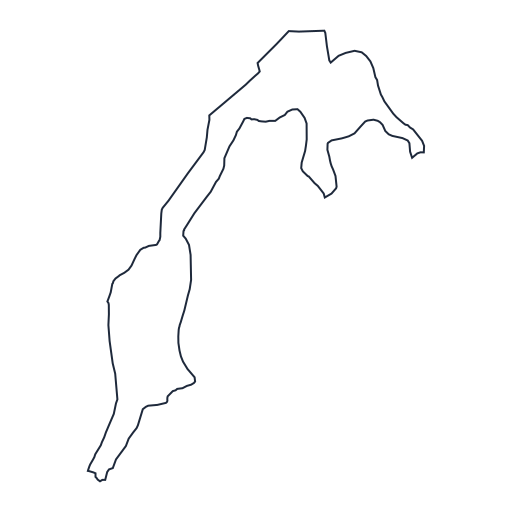 Nahualá, Sololá, Guatemala
{"feature_id": "79465075B99753253329912", "entity_name": "Nahualá", "entity_type": "district", "adm_level": 2, "iso_a3": "GTM", "parent_name": "Guatemala", "parent_adm1": "Sololá", "projection": "equal_earth", "projection_center": [-91.386, 14.735], "detail": "fine", "context": "isolated", "style": "outline", "palette": "slate", "viewbox_px": 512, "rotation_deg": 0, "n_neighbors": 0, "source": "geoboundaries", "source_scale": "gbopen_adm2", "svg_char_len": 3082}
<svg xmlns="http://www.w3.org/2000/svg" viewBox="0 0 512 512"><path d="M162.7,207.8L161.8,209.6L161.3,213.4L160.3,232.9L160.3,236.8L159.6,240.1L158.9,241.0L157.0,244.4L156.1,244.9L148.9,245.9L145.2,247.6L143.6,247.8L140.3,249.8L136.5,255.1L134.8,258.5L131.5,265.6L128.5,269.7L124.3,272.8L119.6,275.3L118.9,276.0L115.5,278.5L113.4,281.2L112.9,283.1L112.3,283.9L110.7,292.4L109.2,296.7L107.4,301.5L108.5,303.1L108.8,304.8L108.9,314.3L108.4,325.1L109.6,341.0L112.7,363.3L115.2,373.7L117.4,399.4L116.0,403.3L113.8,413.9L110.1,422.5L107.8,427.9L106.8,430.3L106.0,432.1L104.2,437.3L101.9,442.2L100.8,445.3L95.4,454.0L95.0,455.0L94.7,456.0L94.4,457.0L93.0,459.6L90.2,464.4L89.9,465.1L89.4,466.3L88.2,469.8L87.9,470.9L89.0,471.1L93.4,472.4L95.5,473.3L95.5,476.9L96.5,477.9L97.7,479.6L100.0,481.3L102.3,479.9L105.2,479.9L107.2,472.0L109.0,469.4L112.8,468.1L116.0,459.4L125.9,446.0L128.7,438.6L133.2,432.4L136.6,428.1L137.9,425.3L142.8,409.2L145.9,406.8L148.2,405.7L157.4,404.9L165.9,402.9L166.4,402.5L167.1,401.7L167.4,400.5L167.3,399.2L167.4,397.5L167.7,396.3L172.8,391.1L175.6,390.3L177.2,388.9L182.5,388.2L186.9,385.9L191.1,384.7L193.9,383.0L195.1,381.5L194.6,377.3L187.5,369.0L183.0,361.6L180.9,356.3L179.5,350.5L178.4,342.9L178.3,336.4L178.7,329.8L179.0,327.9L179.5,326.3L179.7,325.1L180.8,322.0L182.6,315.9L183.2,314.0L183.6,312.8L184.4,310.2L187.9,295.5L189.7,289.2L191.1,279.9L190.6,254.9L189.0,244.9L185.7,238.6L183.2,235.7L183.5,231.0L184.1,230.4L184.1,229.5L187.0,225.0L194.4,213.2L207.0,196.5L210.7,191.8L212.9,187.7L216.0,181.9L218.8,178.7L219.8,176.1L223.4,168.8L224.2,165.5L224.4,158.2L229.5,146.3L233.4,140.4L235.9,135.1L236.9,131.7L239.4,128.5L243.2,121.4L244.4,118.9L246.9,117.9L250.2,118.3L251.5,119.4L254.2,119.2L257.4,119.9L258.8,121.0L261.7,121.4L265.7,121.7L269.3,120.9L275.2,120.9L279.7,117.5L284.8,115.0L287.4,111.7L292.3,109.5L297.5,109.2L300.4,111.8L304.6,117.9L306.6,123.5L306.7,139.5L305.9,145.9L305.1,151.0L301.7,162.5L301.2,168.1L302.8,171.3L307.7,176.1L308.7,176.4L314.6,183.2L317.8,185.9L323.7,193.5L324.8,197.5L331.5,193.6L336.1,188.3L336.6,186.7L335.5,176.0L333.7,171.1L333.0,169.3L331.6,166.2L330.7,163.4L330.0,160.5L329.3,156.6L327.4,149.8L327.5,146.9L327.6,143.8L328.0,142.9L331.6,140.4L341.7,138.4L345.2,137.4L348.8,136.3L354.5,133.4L360.6,126.5L365.2,121.5L367.6,120.5L373.5,119.7L377.7,120.8L380.0,122.2L382.6,124.9L385.3,131.0L388.7,134.3L392.3,135.9L402.5,138.1L407.7,140.5L409.4,143.2L410.1,151.7L412.1,157.8L417.3,153.4L420.5,152.3L423.8,152.4L424.1,145.9L422.1,140.8L413.1,129.4L410.0,127.5L407.7,125.1L405.4,124.7L403.4,123.2L396.4,117.1L393.2,113.6L384.4,101.4L382.2,96.8L380.9,94.6L378.0,85.5L377.1,80.0L375.4,77.2L373.3,68.1L370.4,61.4L366.2,56.0L361.7,52.3L354.6,50.8L345.7,52.9L338.6,55.8L330.7,62.6L329.3,60.4L326.9,46.1L325.3,32.9L324.3,30.7L298.9,31.6L288.8,31.1L276.5,44.1L261.7,58.9L257.6,63.0L258.1,65.6L259.3,69.8L259.7,71.5L258.0,73.4L255.2,75.8L249.7,80.8L245.7,84.7L209.3,115.4L209.4,119.9L207.5,129.7L206.8,137.5L204.7,150.0L203.5,152.3L187.8,173.4L168.5,200.7L162.7,207.8Z" fill="none" stroke="#1e293b" stroke-width="2"/></svg>